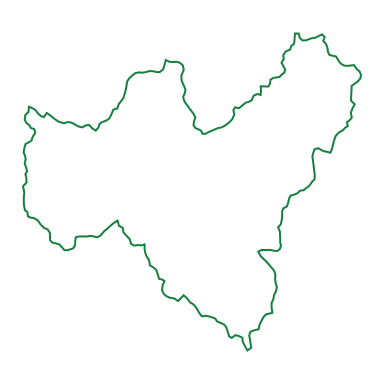 outline of Pará de Minas, Minas Gerais, Brazil
{"feature_id": "56859067B11787427214632", "entity_name": "Pará de Minas", "entity_type": "district", "adm_level": 2, "iso_a3": "BRA", "parent_name": "Brazil", "parent_adm1": "Minas Gerais", "projection": "natural_earth1", "projection_center": [-44.604, -19.846], "detail": "fine", "context": "isolated", "style": "outline", "palette": "green", "viewbox_px": 384, "rotation_deg": 0, "n_neighbors": 0, "source": "geoboundaries", "source_scale": "gbopen_adm2", "svg_char_len": 4135}
<svg xmlns="http://www.w3.org/2000/svg" viewBox="0 0 384 384"><path d="M28.0,216.5L31.0,217.7L33.9,218.1L37.6,220.2L40.6,224.5L44.2,228.0L47.5,229.3L49.9,232.8L49.9,236.6L50.1,240.1L52.2,242.6L55.6,243.3L59.5,244.5L62.0,247.4L64.5,250.2L67.5,250.2L70.7,249.2L73.3,248.2L75.1,245.2L75.2,241.3L75.8,237.3L78.8,236.5L82.0,236.4L86.9,236.5L91.2,235.8L94.2,236.6L97.1,237.3L100.5,235.5L102.6,233.1L104.7,230.7L107.1,228.8L110.1,226.1L113.4,223.3L117.5,220.6L119.0,225.9L122.7,227.8L123.4,232.3L126.9,236.2L129.7,239.2L131.1,243.9L134.2,245.6L138.0,245.0L141.4,245.4L144.6,244.5L144.6,249.2L145.5,253.7L146.7,256.6L149.1,260.3L150.0,265.5L153.1,267.2L156.2,269.9L157.9,274.7L159.0,278.8L162.1,279.5L164.5,281.1L162.7,285.1L162.0,290.1L163.8,293.9L166.6,296.3L170.1,297.8L174.4,298.5L178.0,301.0L181.0,298.1L183.6,295.3L186.7,297.9L190.1,302.4L192.9,304.0L195.2,306.3L197.2,309.3L199.1,312.7L201.8,316.3L205.8,315.8L208.9,316.4L212.6,317.5L215.3,318.7L217.1,321.4L220.7,323.0L223.9,324.4L226.1,326.9L227.7,331.5L229.1,336.3L231.8,337.9L235.3,335.2L238.8,336.0L242.4,337.7L242.6,341.4L244.7,345.6L247.4,350.5L251.3,347.6L250.6,344.1L249.9,339.3L249.2,335.5L250.4,331.9L253.9,330.3L258.6,329.3L259.6,324.4L261.6,320.7L263.7,316.8L266.1,314.3L269.2,313.6L272.3,312.9L271.6,307.4L271.6,302.9L273.3,299.4L274.0,295.1L276.0,291.4L276.9,286.9L275.8,283.8L275.1,279.1L275.4,274.6L274.0,270.5L271.2,267.3L268.5,264.0L265.6,260.9L260.7,256.2L258.3,251.6L261.6,250.0L265.2,250.0L270.0,249.9L274.3,250.8L277.5,250.9L279.8,249.0L281.0,245.8L280.2,242.5L280.2,238.9L280.1,234.9L279.8,231.2L278.1,227.2L280.8,224.3L281.8,219.7L282.2,215.1L282.2,211.2L283.5,208.2L286.7,206.6L288.1,203.2L289.1,198.4L290.6,195.6L294.3,194.6L297.6,193.2L300.0,190.6L303.4,190.3L306.0,188.3L309.3,185.8L312.1,181.8L314.5,179.3L314.8,175.7L314.2,170.6L313.5,164.8L313.0,160.6L312.4,156.5L313.1,153.3L314.5,149.4L318.0,148.2L321.1,149.8L323.6,151.2L327.0,151.8L330.4,152.7L332.0,149.1L333.0,144.5L334.1,140.4L335.7,135.9L339.0,132.4L342.7,130.4L345.4,127.6L347.7,126.0L347.0,122.1L349.6,120.3L351.8,117.5L350.8,112.7L352.4,108.6L354.7,104.2L351.1,100.7L351.2,95.5L351.5,90.0L351.6,85.9L354.4,83.9L357.6,81.6L360.3,78.6L361.0,74.9L359.6,71.5L356.8,69.1L354.0,65.1L350.5,65.5L346.8,65.9L344.0,65.5L341.5,64.1L339.4,62.1L337.8,59.3L336.0,56.5L332.5,55.7L329.5,54.9L327.9,51.8L327.4,47.8L326.1,44.2L323.2,40.8L324.7,37.1L322.1,34.4L319.0,35.9L315.1,37.8L311.1,38.4L306.2,40.3L302.4,40.4L299.8,37.9L298.8,33.6L295.0,33.5L294.7,37.6L294.4,41.1L293.8,44.2L291.2,46.0L290.1,49.6L285.5,51.6L283.2,55.4L283.8,59.1L281.5,62.6L283.5,66.4L285.2,69.5L284.4,72.7L281.7,74.5L279.4,77.1L276.3,77.4L273.1,78.0L270.4,79.7L270.1,83.4L268.3,86.6L264.5,86.4L260.7,86.3L261.0,90.9L260.6,95.0L257.6,94.0L253.7,95.6L251.6,100.3L248.7,101.8L245.7,102.7L242.6,105.2L239.1,108.1L235.1,107.4L233.4,110.1L234.3,114.6L232.4,119.0L229.5,122.2L225.5,125.3L221.6,127.4L218.0,128.1L214.0,129.8L208.8,132.0L205.4,133.8L202.7,133.8L200.9,130.6L198.4,129.3L195.5,128.1L193.6,125.6L193.9,121.7L195.4,117.5L193.6,113.9L190.3,109.6L187.3,105.4L185.3,102.7L183.8,99.9L183.2,96.7L184.7,93.3L185.5,89.8L183.8,85.5L181.7,80.9L181.3,75.8L183.8,69.7L182.7,65.1L179.5,62.6L176.5,61.8L173.0,62.1L169.2,61.7L165.8,60.0L164.6,64.6L163.0,69.6L159.8,72.0L157.0,72.2L153.6,71.3L149.7,71.0L146.2,72.0L142.7,72.7L139.0,72.4L135.4,73.1L132.6,75.2L129.7,77.8L127.2,81.3L126.3,87.1L125.5,90.8L124.5,94.4L123.4,98.0L121.6,100.6L118.8,104.0L117.3,108.5L113.5,109.5L111.3,114.5L109.3,118.5L106.1,120.7L102.3,122.0L99.6,123.8L98.4,127.6L95.7,130.6L91.9,128.1L89.5,125.1L86.0,125.3L82.2,127.4L77.9,126.3L74.9,124.4L71.3,122.6L68.0,122.0L64.0,123.3L58.6,121.7L54.3,118.7L50.9,115.9L46.8,113.0L43.9,117.0L41.1,116.2L37.9,113.4L35.6,110.2L32.8,108.4L29.0,106.8L28.4,112.1L25.3,115.0L24.7,119.9L26.6,123.2L29.2,125.1L30.8,127.9L34.2,129.1L35.3,132.7L32.7,136.8L31.4,140.7L28.3,142.5L25.5,144.1L24.4,147.9L23.6,152.6L25.0,155.5L25.7,159.0L24.7,163.3L26.2,168.0L27.1,171.3L25.4,174.1L26.3,177.3L26.5,182.6L23.0,186.2L24.3,192.5L23.8,197.0L23.8,200.9L24.0,205.5L25.0,210.3L27.3,211.9L28.0,216.5Z" fill="none" stroke="#15803d" stroke-width="2"/></svg>